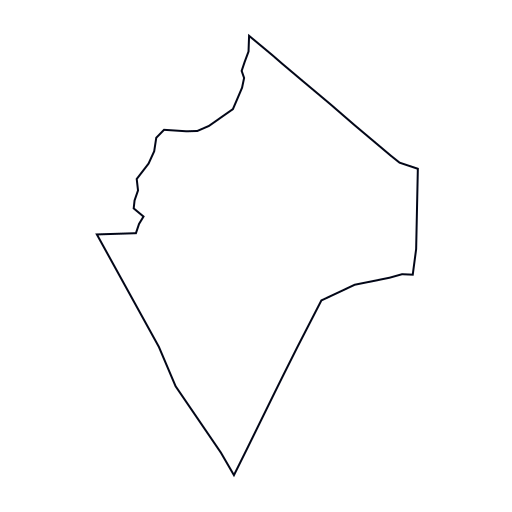 Uruburetama, Ceará, Brazil (Equal Earth projection), rotated 92°
{"feature_id": "56859067B57061783271983", "entity_name": "Uruburetama", "entity_type": "district", "adm_level": 2, "iso_a3": "BRA", "parent_name": "Brazil", "parent_adm1": "Ceará", "projection": "equal_earth", "projection_center": [-39.531, -3.622], "detail": "fine", "context": "isolated", "style": "outline", "palette": "ink", "viewbox_px": 512, "rotation_deg": 92, "n_neighbors": 0, "source": "geoboundaries", "source_scale": "gbopen_adm2", "svg_char_len": 729}
<svg xmlns="http://www.w3.org/2000/svg" viewBox="0 0 512 512"><g transform="rotate(92 256 256)"><path d="M240.0,415.8L350.2,349.9L389.0,331.8L453.8,284.2L475.8,270.4L449.6,258.5L391.2,232.3L373.1,224.1L345.2,211.3L298.1,189.1L281.3,156.4L273.0,121.6L269.1,109.4L269.2,98.7L243.5,96.2L163.2,97.3L157.7,115.8L151.1,124.7L121.3,162.7L101.7,187.0L79.3,215.7L62.8,236.7L54.7,246.7L36.2,270.6L51.9,270.6L62.4,274.1L71.5,276.8L78.5,274.1L88.3,275.8L100.5,280.5L110.0,284.2L117.3,293.9L127.6,307.5L133.1,319.0L133.8,329.7L133.4,342.3L133.1,352.3L141.3,359.8L154.9,361.4L167.4,366.6L183.2,377.9L194.6,376.2L204.7,379.3L212.7,379.9L220.5,369.8L228.0,374.0L237.4,376.8L240.0,415.8Z" fill="none" stroke="#020617" stroke-width="2"/></g></svg>